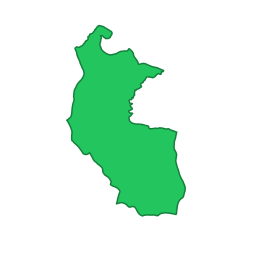 outline of La Victoria, Boyacá, Colombia, rotated 307°
{"feature_id": "7082276B50936254037238", "entity_name": "La Victoria", "entity_type": "district", "adm_level": 2, "iso_a3": "COL", "parent_name": "Colombia", "parent_adm1": "Boyacá", "projection": "orthographic", "projection_center": [-74.222, 5.516], "detail": "fine", "context": "isolated", "style": "filled", "palette": "green", "viewbox_px": 256, "rotation_deg": 307, "n_neighbors": 0, "source": "geoboundaries", "source_scale": "gbopen_adm2", "svg_char_len": 5196}
<svg xmlns="http://www.w3.org/2000/svg" viewBox="0 0 256 256"><g transform="rotate(307 128 128)"><path d="M154.0,169.4L153.6,168.0L153.0,165.9L152.2,163.6L151.9,162.2L151.9,161.2L151.4,160.2L150.7,159.8L150.1,159.3L149.9,158.5L149.3,157.3L148.6,155.5L147.9,154.4L147.2,153.2L145.9,152.3L145.3,151.5L144.3,149.9L143.3,149.0L142.2,147.9L141.4,147.0L140.5,145.7L140.5,144.9L140.8,144.3L141.4,143.9L141.7,143.4L141.6,142.5L141.2,141.6L140.6,140.5L140.1,139.1L139.5,137.5L139.0,136.4L138.2,135.4L137.7,134.4L137.2,133.6L136.8,133.2L136.0,132.1L135.7,131.7L135.5,130.9L135.1,130.1L134.7,129.2L134.3,127.9L134.4,126.5L134.5,125.5L134.9,124.5L135.7,123.9L136.3,123.0L137.2,122.2L137.9,122.3L138.6,122.7L139.7,122.9L140.3,122.8L141.7,122.9L142.4,122.8L142.3,122.3L141.8,121.5L141.4,121.3L141.3,120.8L141.2,119.8L141.4,119.1L142.0,118.4L142.4,118.4L142.9,118.8L143.7,119.2L145.0,119.8L145.7,120.0L146.1,119.6L146.6,118.4L146.7,117.1L147.0,116.5L147.6,116.1L148.1,116.3L148.7,116.6L149.5,116.8L150.0,116.7L149.9,116.2L149.5,115.7L149.1,115.0L149.0,114.5L149.6,113.5L150.3,112.6L150.9,112.3L151.7,112.4L152.0,112.5L152.3,113.0L152.7,113.7L153.3,113.7L153.8,113.5L154.5,112.9L154.9,113.0L154.9,113.4L155.2,114.0L155.7,113.8L156.6,113.5L157.4,113.2L158.4,113.4L158.8,113.1L159.1,112.4L159.8,112.2L160.5,111.8L161.4,111.3L162.0,110.8L162.4,110.8L162.5,111.1L162.6,111.5L162.8,111.7L163.7,111.5L164.1,111.6L164.4,112.0L165.2,112.5L166.3,113.1L167.4,113.4L168.4,113.8L169.1,113.9L169.7,113.1L170.0,112.1L170.7,111.6L171.1,111.7L171.6,111.8L172.0,111.8L172.4,112.0L172.7,112.2L173.2,112.6L173.7,112.6L174.4,112.2L175.0,112.3L175.9,112.6L176.9,112.7L177.9,112.4L178.9,112.3L179.8,112.2L180.5,112.7L181.2,113.8L181.8,114.8L182.5,116.1L182.9,117.3L183.5,117.8L184.0,118.1L184.7,118.4L185.6,118.6L186.6,118.8L187.9,118.8L189.0,119.2L189.6,119.5L189.9,120.2L190.2,121.2L190.4,121.7L190.9,121.9L191.5,121.8L192.1,121.5L192.6,121.0L193.0,120.9L193.4,121.1L193.8,121.8L194.3,122.1L194.9,122.1L195.3,121.8L194.9,120.2L194.2,117.3L193.6,114.9L192.4,112.3L191.5,110.3L190.6,107.0L190.0,104.0L189.0,101.5L187.5,100.1L186.1,99.1L185.2,97.7L186.2,96.7L187.0,95.4L187.7,93.3L188.4,90.8L189.5,88.6L190.5,87.6L191.5,85.9L191.9,83.3L192.1,81.6L191.6,81.0L191.0,81.0L189.9,81.2L188.5,80.6L188.2,79.9L186.9,78.3L186.0,77.4L184.8,76.1L182.7,74.9L180.4,74.0L178.9,72.7L176.7,71.0L175.4,69.4L174.6,67.0L174.3,65.4L174.3,62.0L174.7,59.7L175.8,58.1L176.2,57.6L176.6,56.6L177.2,55.8L177.9,55.3L178.5,54.9L179.4,54.6L180.5,54.1L181.2,53.7L181.7,53.3L182.1,53.1L183.6,52.6L184.4,52.0L184.9,51.0L185.2,50.6L185.8,51.2L186.2,51.9L186.2,52.5L186.0,53.9L186.0,55.2L186.0,56.4L186.7,57.3L187.9,58.6L188.8,59.0L189.8,59.2L190.6,59.0L191.8,58.8L193.3,58.7L194.0,58.2L194.5,57.8L194.9,57.0L194.9,55.8L194.5,51.6L194.1,47.2L192.6,43.6L191.9,42.9L190.8,42.6L188.9,42.6L188.3,42.6L187.4,42.5L186.6,42.4L186.0,42.6L185.3,42.8L184.6,42.7L183.7,42.6L183.2,42.7L182.5,42.6L181.5,42.2L180.6,41.5L179.9,41.1L179.5,41.2L178.8,41.4L178.3,41.8L177.9,41.7L177.4,41.3L176.8,41.1L176.3,41.5L175.7,42.2L175.1,42.5L174.2,42.7L173.2,42.5L172.5,42.0L171.4,41.9L170.6,42.1L169.9,42.3L169.1,42.0L168.1,41.9L167.1,42.1L165.8,41.8L165.0,41.2L164.1,40.9L163.1,40.4L162.4,39.6L161.9,38.2L161.0,37.9L159.8,37.7L159.2,38.4L158.5,39.7L157.7,41.1L155.2,43.9L152.4,48.9L150.7,51.3L149.0,54.4L148.0,56.0L147.5,57.5L145.0,60.4L142.2,61.3L140.7,61.5L138.6,61.7L136.8,61.4L134.6,61.2L132.1,61.2L130.1,61.7L128.3,62.0L126.3,62.3L124.5,63.1L122.6,64.3L120.8,65.4L120.0,66.0L119.5,66.8L118.2,67.9L116.3,68.8L115.2,69.0L114.0,69.6L112.0,70.5L109.5,71.9L108.3,72.7L105.6,74.4L103.1,75.5L101.2,75.5L99.3,75.0L97.4,74.5L97.1,75.5L96.2,77.6L94.9,80.3L94.1,81.6L92.9,83.5L91.6,85.3L89.8,86.6L87.6,87.9L86.1,89.0L84.4,90.5L84.2,91.3L84.1,92.6L83.8,93.9L83.7,94.8L83.6,95.9L83.6,97.0L83.3,99.0L82.9,100.8L82.0,103.6L81.5,105.3L80.9,106.6L80.7,107.5L80.7,108.7L81.2,109.9L82.2,111.1L83.6,111.9L85.0,112.2L85.1,112.6L84.5,113.9L83.9,115.2L82.9,117.4L81.6,120.1L81.4,121.9L81.4,123.3L81.0,125.8L81.0,128.7L80.8,130.4L80.3,131.9L79.7,132.7L78.1,134.0L77.0,135.9L76.8,137.2L76.5,138.2L76.7,140.1L76.8,140.8L76.7,142.0L76.4,143.8L75.6,145.5L75.2,146.7L74.7,147.1L73.5,147.5L72.8,147.7L72.3,148.1L72.2,149.0L72.5,150.9L73.5,154.1L73.6,156.3L73.3,158.2L73.0,159.2L72.2,159.9L70.1,160.5L67.5,161.5L65.4,162.3L63.1,163.5L61.3,164.1L60.7,164.5L61.5,165.2L63.2,166.4L64.3,167.5L65.1,168.8L65.7,170.9L65.9,172.7L65.6,174.2L65.5,175.6L65.5,176.4L66.4,177.6L67.3,178.2L68.3,179.2L68.7,180.0L68.8,181.0L68.4,182.8L67.5,184.6L66.5,186.9L66.0,189.0L66.1,191.2L66.5,192.4L67.9,193.4L69.5,194.8L71.1,197.1L72.4,198.9L74.1,201.0L74.9,202.4L75.4,204.0L76.3,204.7L77.7,205.0L78.8,205.4L80.0,206.1L82.2,208.2L83.4,209.8L85.1,212.7L86.8,216.1L87.8,218.3L89.0,218.2L90.8,216.9L93.2,215.6L95.3,214.4L97.5,213.4L99.7,212.8L101.5,212.7L103.8,213.0L104.6,213.4L105.3,213.6L107.2,213.3L109.0,212.5L112.2,211.3L115.1,209.3L116.8,206.8L117.4,205.6L118.3,204.3L119.6,201.2L121.5,197.7L124.5,193.8L126.7,190.4L130.2,186.1L133.0,184.5L135.5,183.2L136.8,182.0L138.1,179.6L138.7,178.2L139.3,177.3L140.8,176.0L143.2,174.4L145.7,172.9L148.0,172.2L152.2,170.2L154.0,169.4Z" fill="#22c55e" stroke="#15803d" stroke-width="1.5"/></g></svg>